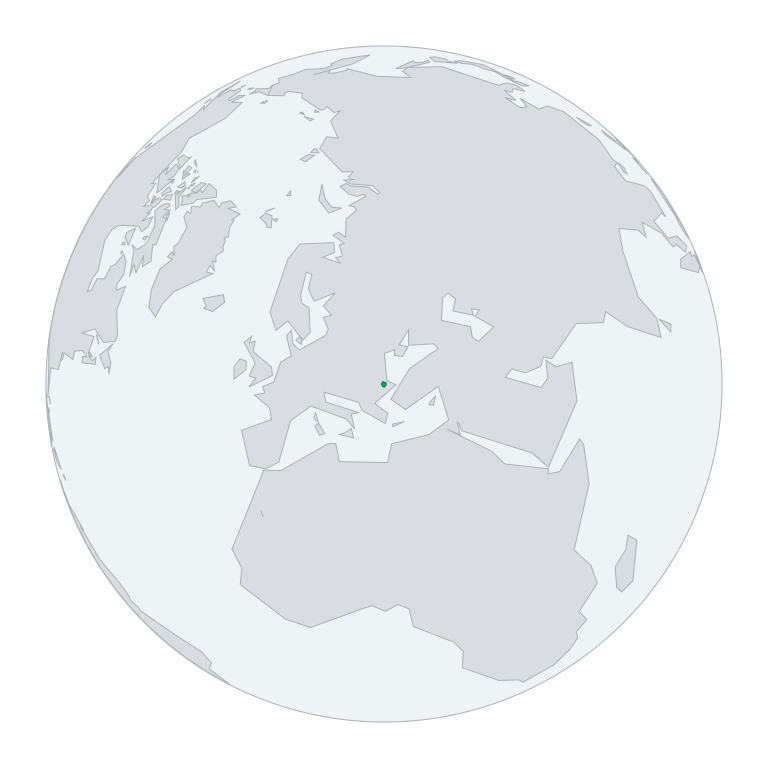 globe centered on Yambol, rotated 328°
{"feature_id": "BGR-2255", "entity_name": "Yambol", "entity_type": "Province", "adm_level": 1, "iso_a3": "BGR", "parent_name": "Bulgaria", "parent_adm1": "", "projection": "orthographic", "projection_center": [26.657, 42.284], "detail": "fine", "context": "on_globe", "style": "filled", "palette": "green", "viewbox_px": 768, "rotation_deg": 328, "n_neighbors": 0, "source": "natural_earth", "source_scale": "10m", "svg_char_len": 11717}
<svg xmlns="http://www.w3.org/2000/svg" viewBox="0 0 768 768"><g transform="rotate(328 384 384)"><circle cx="384" cy="384" r="338" fill="#eef3f6" stroke="#a8b0b8"/><path d="M266.7,67.1L276.0,64.7L266.4,67.9L271.5,66.8L283.8,63.1L290.7,61.0L325.1,58.4L366.2,55.6L379.1,52.8L376.3,55.6L400.8,50.1L423.0,51.0L397.8,51.4L395.3,52.8L410.4,53.6L410.9,55.3L418.6,56.9L418.0,59.1L403.3,60.1L402.6,61.8L413.4,62.4L419.5,65.6L403.8,64.3L412.9,70.1L390.1,74.6L348.8,72.4L335.9,79.6L293.0,90.8L296.8,92.8L282.9,99.4L282.1,104.4L274.3,105.9L280.4,108.8L287.6,106.6L292.7,107.4L292.9,110.4L283.1,112.4L281.5,111.2L278.7,113.4L273.7,113.3L276.3,115.1L264.4,117.7L276.4,119.7L267.0,125.7L259.0,126.3L259.7,120.1L243.0,108.8L235.1,108.8L223.3,114.3L201.3,136.7L192.7,139.8L181.1,148.5L185.8,149.1L196.6,142.7L202.6,146.8L215.1,139.3L219.3,140.2L232.2,135.7L230.3,143.2L221.5,153.2L210.7,157.7L206.5,162.5L216.8,164.3L196.8,179.3L183.7,201.6L178.5,205.2L168.2,200.2L168.1,184.1L154.9,180.7L163.4,190.2L150.3,200.3L148.2,205.4L148.9,209.6L153.9,208.8L149.4,214.2L139.2,206.0L143.1,200.9L146.3,203.3L146.2,196.2L139.2,192.1L133.1,198.3L129.1,188.0L124.7,192.5L121.4,193.3L128.7,186.5L115.5,199.0L109.8,193.7L91.7,217.3L109.5,190.7L115.8,180.7L122.0,171.5L118.9,175.0L131.1,159.8L131.5,159.4L147.8,142.3L165.3,126.4L183.8,111.8L203.3,98.4L223.7,86.5L244.8,76.1L266.7,67.1ZM58.5,293.1L57.6,297.7L53.8,312.0L58.5,293.1ZM53.8,312.0L55.9,305.8L53.0,319.3L52.1,343.2L51.2,344.5L49.9,382.4L54.4,412.9L55.4,429.0L54.3,432.8L57.2,442.8L57.3,447.3L74.2,486.6L87.3,514.4L89.9,529.3L84.9,532.9L94.2,557.8L93.5,556.7L81.4,534.4L71.0,511.3L62.3,487.4L55.4,463.0L50.4,438.1L47.3,412.9L46.1,387.6L46.8,362.2L49.4,336.9L53.8,312.0ZM92.3,213.4L87.2,223.8L72.7,257.2L76.2,245.9L76.4,246.2L81.1,235.9L88.1,221.4L92.3,213.4L92.3,213.4ZM91.4,221.3L93.5,216.6L92.1,220.3L91.4,221.3ZM293.7,60.0L284.0,62.9L272.6,66.1L280.6,63.3L293.7,60.0ZM315.5,56.2L311.1,57.5L305.8,57.4L310.0,56.6L315.5,56.2ZM388.2,51.0L380.2,51.1L387.8,50.5L388.2,51.0ZM419.8,56.8L421.9,56.4L424.9,57.5L419.8,56.8ZM232.4,132.0L232.2,133.8L229.9,133.7L232.4,132.0ZM238.1,128.5L235.4,127.1L237.8,125.3L239.3,126.2L238.1,128.5ZM426.8,62.1L431.1,64.4L424.2,62.1L426.8,62.1ZM240.8,130.8L242.2,122.2L246.3,119.2L255.8,120.3L240.8,130.8ZM431.9,65.9L442.6,72.2L448.1,71.5L438.4,77.7L432.6,69.8L423.2,66.9L430.2,67.4L431.9,65.9ZM289.8,104.7L282.1,107.1L288.4,102.5L289.8,104.7ZM292.6,101.6L304.5,87.6L315.9,86.1L309.6,90.8L324.3,87.2L324.1,93.2L315.9,96.6L308.6,96.2L314.1,98.9L292.6,101.6ZM431.4,80.5L431.7,82.5L428.5,80.7L431.4,80.5ZM295.2,107.3L296.6,104.4L306.6,102.8L305.7,108.4L302.7,107.1L295.2,107.3ZM328.3,83.5L335.6,83.6L337.4,88.4L340.5,89.2L325.0,93.3L328.3,83.5ZM300.6,109.0L304.9,111.4L300.4,115.0L294.5,110.1L300.6,109.0ZM309.6,100.1L314.3,99.7L311.4,101.7L309.6,100.1ZM286.7,130.2L288.2,126.2L293.5,124.9L286.7,130.2ZM306.9,112.0L308.4,110.8L310.7,110.0L312.6,112.3L306.9,112.0ZM327.4,96.6L326.6,98.8L333.8,95.1L335.4,99.0L324.8,101.2L330.1,101.9L330.6,103.1L321.4,103.6L327.4,96.6ZM321.3,112.4L308.4,117.2L304.6,124.6L299.7,125.8L306.8,113.8L321.3,112.4ZM322.2,107.1L320.5,110.6L315.3,110.1L313.2,107.4L322.2,107.1ZM340.3,101.0L340.6,94.5L342.9,94.3L340.3,101.0ZM321.2,114.6L324.3,113.5L321.6,115.2L321.2,114.6ZM335.6,105.2L335.4,102.8L338.0,102.6L335.6,105.2ZM330.8,113.4L326.6,114.8L325.0,112.9L330.8,113.4ZM333.8,109.7L337.5,110.0L327.0,111.3L333.3,108.6L333.8,109.7ZM338.2,105.4L339.6,104.5L337.9,106.4L338.2,105.4ZM339.1,120.1L326.2,122.2L322.8,117.9L335.8,116.3L339.1,120.1ZM175.8,531.1L155.8,477.9L165.8,464.8L167.6,443.5L236.3,393.4L250.8,402.8L304.8,405.0L311.5,409.0L305.1,426.3L345.5,452.6L358.7,438.7L395.4,450.7L419.9,448.8L428.8,414.7L388.7,417.1L381.8,400.6L414.0,384.4L449.0,382.7L447.5,376.3L425.4,364.1L433.5,351.0L417.7,358.8L424.1,365.0L414.4,370.5L408.0,365.2L411.1,360.6L400.6,358.3L388.4,382.2L393.6,391.1L365.9,395.5L371.8,411.1L364.2,418.1L351.4,394.6L352.8,386.0L328.9,359.3L325.0,368.4L347.3,394.7L340.3,392.3L335.2,406.3L333.6,393.8L310.3,364.0L285.4,365.5L253.4,394.5L238.9,393.3L226.8,382.0L238.6,347.8L269.8,354.6L274.4,343.7L268.3,324.6L278.2,328.6L279.6,322.0L291.4,323.9L308.1,310.7L320.1,311.1L327.0,291.4L334.0,289.3L328.0,301.3L330.2,310.3L360.1,311.9L365.9,307.9L367.9,295.3L375.9,297.9L374.0,285.6L391.2,280.9L368.6,276.7L370.4,263.0L380.9,252.9L377.4,247.9L360.3,264.6L357.1,272.2L360.9,279.6L348.8,301.0L338.5,303.9L335.8,279.5L320.9,281.3L325.4,262.6L368.8,227.1L386.9,220.7L416.2,237.5L411.9,246.2L399.2,244.1L410.8,258.2L409.9,251.1L416.5,253.6L419.9,242.2L424.7,243.5L419.7,230.8L426.0,231.2L429.1,239.2L439.4,223.9L452.6,222.1L452.6,218.1L448.9,214.3L468.1,215.2L467.3,212.3L460.7,210.8L454.7,204.2L451.6,193.2L458.4,194.0L460.4,198.1L475.0,208.6L479.3,220.0L481.8,219.4L479.6,209.7L461.9,196.8L458.1,190.0L467.3,194.9L463.6,192.6L463.9,189.5L470.5,187.6L460.8,181.9L454.3,150.1L466.5,144.0L475.4,151.3L478.1,132.7L491.6,129.0L485.5,127.4L482.6,118.5L478.3,119.4L475.2,118.0L465.9,97.6L469.0,94.2L458.0,85.2L454.9,84.6L451.9,86.5L438.4,77.7L448.1,71.5L454.8,73.1L456.3,68.9L471.3,73.4L484.4,75.8L499.9,84.5L509.0,86.3L508.5,84.5L520.4,86.3L546.6,97.5L527.4,96.0L488.6,84.5L504.6,89.4L501.6,90.9L507.7,94.5L518.9,98.2L519.8,97.0L540.9,119.2L569.1,138.3L565.7,128.8L572.0,128.1L601.1,145.5L639.1,191.1L647.9,193.9L654.0,200.2L658.8,210.8L650.0,201.7L647.3,204.6L641.6,198.4L646.2,213.4L638.3,205.2L645.8,221.7L652.1,224.9L650.9,214.0L660.8,232.8L670.3,235.0L680.6,248.2L695.5,290.0L697.0,314.4L699.0,320.2L694.8,321.4L696.4,339.5L710.0,354.1L712.1,362.3L711.4,391.4L710.1,385.9L699.1,389.1L702.2,411.1L710.8,413.5L713.9,427.3L709.6,431.8L705.8,420.3L701.8,420.9L699.2,402.9L688.7,383.8L684.1,398.4L680.9,387.9L665.8,376.7L657.2,397.1L645.8,445.1L650.2,473.0L643.6,491.4L621.1,464.5L610.3,440.1L602.6,448.2L579.0,434.6L539.6,451.4L533.6,445.4L526.3,452.1L509.6,449.5L500.3,438.8L490.4,442.6L515.1,470.2L525.7,466.1L534.0,449.7L538.9,460.5L555.0,465.2L538.6,500.6L479.4,541.7L473.1,521.1L425.4,465.1L426.5,457.5L426.3,456.7L425.7,455.3L421.9,467.8L413.4,455.8L439.5,497.8L444.1,515.8L478.6,543.1L475.5,547.1L486.5,551.4L520.8,534.3L521.1,541.3L505.2,577.2L457.2,625.6L463.3,647.6L459.4,665.8L429.0,680.4L431.2,691.2L415.4,696.2L414.1,701.7L401.1,707.5L379.7,712.2L343.7,710.5L341.8,706.6L324.3,696.2L300.1,666.1L309.5,652.8L306.4,639.9L280.4,605.2L286.1,587.9L279.1,578.5L264.6,577.4L256.4,565.7L247.6,563.3L192.5,551.5L175.8,531.1ZM212.8,425.9L211.0,432.2L210.9,432.3L212.8,425.9ZM486.7,397.9L507.3,393.8L497.0,374.6L504.1,371.6L498.0,366.5L496.2,373.2L481.2,358.5L489.7,349.8L486.7,340.9L479.6,341.9L466.4,360.5L487.8,381.3L483.5,391.3L486.7,397.9ZM52.2,343.8L51.6,349.5L51.4,345.6L52.2,343.8ZM74.2,249.5L72.3,254.5L70.5,259.1L71.5,256.1L74.2,249.5ZM64.3,290.5L63.3,297.3L63.2,292.5L64.3,290.5ZM71.0,262.3L65.0,285.5L65.1,278.0L69.3,263.7L67.8,270.3L71.0,262.3ZM87.3,226.3L85.5,230.2L84.4,231.6L87.3,226.3ZM90.4,224.1L90.6,223.1L92.5,219.8L90.4,224.1ZM151.0,200.8L151.6,201.6L151.2,206.5L149.1,205.6L151.0,200.8ZM163.3,221.7L155.8,230.0L159.7,223.1L155.3,223.0L158.0,208.9L176.0,206.3L167.4,209.7L163.3,221.7ZM166.6,190.5L162.9,199.0L166.3,189.8L166.6,190.5ZM275.3,286.3L279.2,291.8L274.6,298.7L259.4,300.3L266.0,290.0L275.3,286.3ZM285.9,298.0L287.4,274.6L297.0,273.4L291.4,277.9L297.5,279.4L290.1,287.2L297.6,309.8L294.0,317.6L267.9,315.0L278.4,311.2L274.0,305.8L285.9,298.0ZM274.8,223.7L275.6,215.4L295.1,223.2L292.1,230.2L276.8,231.6L271.3,224.3L274.8,223.7ZM257.2,135.2L256.2,132.8L258.9,132.1L262.0,133.5L257.2,135.2ZM287.0,128.4L264.2,145.2L261.9,143.2L251.3,156.4L241.2,156.5L248.4,147.7L232.7,158.1L235.2,150.3L225.2,158.1L242.4,138.6L244.0,132.6L246.0,139.2L255.2,139.2L259.7,137.4L273.6,128.1L281.6,115.8L292.0,114.6L297.3,117.0L296.9,119.7L290.3,119.5L294.6,123.3L284.7,125.2L287.0,128.4ZM352.5,155.5L344.9,152.4L351.9,163.7L342.0,164.3L343.5,165.6L336.3,169.4L330.1,176.5L325.6,175.7L325.1,178.9L320.4,181.8L318.2,186.1L309.4,186.3L306.0,191.7L303.8,188.8L300.3,198.1L299.0,191.4L292.7,195.0L297.3,199.6L255.3,194.3L238.8,198.5L225.7,206.0L225.1,194.5L237.0,180.5L254.7,167.9L270.8,166.0L267.6,161.6L274.4,159.5L274.0,163.9L278.6,156.1L284.0,155.7L299.8,146.7L302.9,136.4L308.8,133.2L310.3,137.1L315.1,131.3L321.9,136.5L326.2,134.5L337.2,138.1L337.6,147.3L342.4,144.4L351.1,147.4L352.5,155.5ZM342.0,121.3L344.7,131.3L340.7,136.8L323.1,128.4L318.3,129.6L306.9,125.2L313.0,117.5L315.7,119.4L319.8,119.5L316.2,121.8L322.1,120.0L326.0,122.7L331.6,122.2L330.9,125.5L342.0,121.3ZM319.3,403.1L324.5,404.5L332.7,404.5L329.7,413.7L319.3,403.1ZM303.0,383.0L307.8,382.5L307.5,394.6L302.1,393.5L303.0,383.0ZM310.7,372.2L308.1,381.5L306.2,375.8L310.7,372.2ZM332.4,300.3L337.5,299.3L337.9,302.3L335.0,306.6L332.4,300.3ZM371.2,191.8L367.5,188.5L369.1,186.9L367.1,177.3L374.2,176.5L378.2,182.0L371.2,191.8ZM421.8,421.2L414.6,428.2L411.0,425.4L414.2,423.5L421.8,421.2ZM369.8,422.5L381.6,426.8L368.9,424.9L369.8,422.5ZM378.7,189.3L377.0,185.3L381.6,187.4L378.7,189.3ZM379.3,175.5L384.8,177.0L374.8,175.3L379.3,175.5ZM515.7,650.3L491.0,682.6L475.5,686.3L473.5,679.8L483.1,661.7L501.5,652.3L510.7,641.5L515.7,650.3ZM716.1,446.5L715.2,450.6L713.0,458.0L714.4,451.3L718.0,435.4L716.1,446.5ZM714.2,452.0L709.6,456.0L697.3,442.6L701.8,435.5L713.5,434.0L712.9,439.1L715.7,438.9L714.2,452.0ZM720.7,413.0L720.2,417.3L719.4,422.2L718.9,412.7L719.2,402.9L720.2,397.7L719.4,352.0L720.1,350.5L721.4,367.3L721.6,369.4L720.7,413.0ZM651.6,474.6L659.0,485.4L654.8,491.9L651.6,474.6ZM715.7,326.4L718.3,345.6L714.9,323.6L715.7,326.4ZM711.7,308.5L713.2,313.3L712.0,311.6L711.7,308.5ZM702.2,327.6L701.3,334.7L699.7,331.1L699.7,320.0L702.2,327.6ZM688.4,259.8L694.6,270.6L696.6,275.4L693.2,271.5L688.4,259.8ZM437.3,181.7L432.2,195.6L433.2,206.1L441.3,212.4L427.8,209.9L426.1,193.6L437.3,181.7ZM451.5,153.6L444.5,148.9L448.9,147.5L451.1,148.4L451.5,153.6ZM446.3,153.2L435.2,154.0L432.1,149.1L441.5,149.4L446.3,153.2ZM407.0,170.6L404.9,174.6L401.2,172.7L407.0,170.6ZM716.3,322.8L716.3,322.7L717.8,332.0L713.1,307.5L713.3,308.0L716.3,322.8ZM713.8,310.9L715.4,319.5L712.7,306.5L713.8,310.9ZM714.9,317.9L713.3,312.2L712.9,308.7L714.9,317.9ZM713.3,308.3L710.2,296.7L711.5,300.7L713.3,308.3ZM709.0,300.2L711.1,301.1L711.3,308.8L703.6,289.4L703.0,283.8L709.0,300.2ZM656.8,195.0L652.7,191.2L650.0,185.6L653.6,189.8L656.8,195.0ZM637.2,165.7L647.9,182.9L655.8,197.9L656.8,196.9L664.9,207.9L659.5,204.8L648.7,188.1L644.0,178.4L636.5,170.4L628.8,160.2L619.9,153.3L614.3,147.4L621.0,150.9L637.2,165.7ZM616.2,150.8L597.9,137.5L595.9,131.2L599.5,132.7L608.7,141.3L609.2,144.0L616.2,150.8ZM592.9,132.6L593.2,135.4L567.0,126.1L561.0,122.7L579.8,125.3L581.1,128.3L587.9,132.0L592.9,132.6ZM435.3,82.4L432.1,82.5L433.8,81.1L435.3,82.4ZM472.9,118.8L468.9,116.7L471.0,114.9L472.9,118.8ZM458.9,110.2L459.3,113.7L456.0,109.6L458.9,110.2ZM460.7,121.8L458.1,114.9L464.6,122.1L460.7,121.8Z" fill="#d9dde1" stroke="#a8b0b8" stroke-width="1"/><path d="M385.7,385.2L385.5,385.4L385.4,385.5L385.2,385.7L385.0,385.8L384.9,385.7L384.8,385.8L384.7,385.9L384.4,385.9L383.9,385.9L383.7,385.9L383.6,386.1L383.6,386.3L383.4,386.4L383.2,386.3L383.1,386.2L383.0,385.8L382.9,385.8L382.7,386.0L382.7,385.9L382.7,385.7L382.1,385.6L381.7,385.4L381.8,385.2L381.7,385.1L381.7,384.7L381.9,384.6L381.9,384.4L381.9,384.1L382.1,383.6L381.9,383.5L381.9,383.3L382.0,383.3L382.2,383.2L382.2,382.9L382.4,383.0L382.6,383.0L382.7,382.7L382.8,382.7L382.8,382.4L383.0,382.3L383.3,382.3L383.5,382.3L383.6,382.2L383.8,382.0L384.0,381.9L384.0,381.6L384.3,381.6L384.4,381.9L384.5,382.1L384.6,382.3L384.6,382.5L384.8,382.7L384.9,382.8L385.3,383.2L385.4,383.3L385.5,383.4L385.8,383.5L385.9,383.9L385.7,384.0L385.7,384.3L385.6,384.6L385.7,384.9L385.7,385.1L385.7,385.2Z" fill="#22c55e" stroke="#15803d" stroke-width="1.5"/></g></svg>